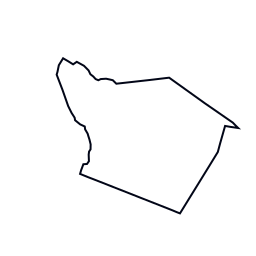 outline of Alagoinha, Pernambuco, Brazil, rotated 123°
{"feature_id": "56859067B2538648753645", "entity_name": "Alagoinha", "entity_type": "district", "adm_level": 2, "iso_a3": "BRA", "parent_name": "Brazil", "parent_adm1": "Pernambuco", "projection": "natural_earth1", "projection_center": [-36.752, -8.511], "detail": "fine", "context": "isolated", "style": "outline", "palette": "ink", "viewbox_px": 256, "rotation_deg": 123, "n_neighbors": 0, "source": "geoboundaries", "source_scale": "gbopen_adm2", "svg_char_len": 821}
<svg xmlns="http://www.w3.org/2000/svg" viewBox="0 0 256 256"><g transform="rotate(123 128 128)"><path d="M122.1,216.9L131.7,203.7L142.2,190.1L146.1,183.5L148.4,178.4L150.3,176.6L151.0,170.1L150.3,165.1L152.5,163.2L154.7,158.8L156.5,156.7L158.7,154.0L162.1,150.4L166.3,147.8L169.0,147.8L171.7,146.5L177.1,142.7L180.5,142.8L182.7,145.7L189.0,144.3L192.6,143.2L191.0,134.8L189.7,128.7L172.8,45.7L172.0,41.2L171.3,37.9L153.7,38.3L140.1,38.6L114.2,39.2L99.2,39.6L90.9,42.3L73.4,47.7L71.4,43.0L68.0,35.6L67.3,39.2L66.4,43.0L65.4,77.4L63.4,120.9L75.8,135.8L97.2,161.9L96.2,166.8L97.4,170.1L98.6,173.2L101.8,177.5L104.1,178.9L104.6,181.8L103.7,185.2L103.4,188.8L101.2,192.4L99.8,198.8L100.4,207.0L104.5,208.7L104.6,214.5L104.9,220.4L113.0,220.2L119.4,217.7L122.1,216.9Z" fill="none" stroke="#020617" stroke-width="2"/></g></svg>